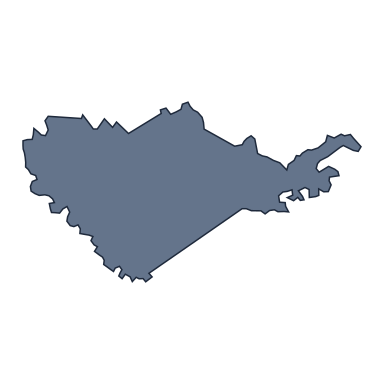 Pranchita, Paraná, Brazil
{"feature_id": "56859067B45409060945550", "entity_name": "Pranchita", "entity_type": "district", "adm_level": 2, "iso_a3": "BRA", "parent_name": "Brazil", "parent_adm1": "Paraná", "projection": "albers", "projection_center": [-53.701, -25.973], "detail": "fine", "context": "isolated", "style": "filled", "palette": "slate", "viewbox_px": 384, "rotation_deg": 0, "n_neighbors": 0, "source": "geoboundaries", "source_scale": "gbopen_adm2", "svg_char_len": 2197}
<svg xmlns="http://www.w3.org/2000/svg" viewBox="0 0 384 384"><path d="M327.4,135.4L325.7,141.8L318.1,147.9L311.5,150.1L307.9,149.7L302.4,153.1L299.9,156.0L296.4,155.6L294.1,160.4L288.4,164.4L286.8,170.0L279.8,162.8L273.4,160.4L267.0,156.9L262.3,155.9L257.6,153.5L254.8,139.0L251.1,135.8L246.8,138.5L244.1,141.3L242.3,144.7L234.7,146.2L204.1,129.1L203.5,122.5L202.1,117.3L197.6,112.2L193.2,109.9L190.1,106.3L188.0,102.2L182.4,104.2L181.0,109.3L176.2,111.9L170.7,114.3L166.0,108.1L160.4,109.9L161.2,113.5L128.5,133.5L116.5,122.0L112.6,127.4L104.4,118.8L97.3,129.0L93.3,129.0L91.3,126.2L82.7,114.9L81.4,118.5L48.2,116.3L45.0,120.8L46.6,124.9L48.2,130.0L45.5,135.6L41.3,135.0L38.4,132.2L33.9,128.4L33.3,134.8L32.2,139.4L27.3,139.6L23.0,140.8L23.0,145.4L23.2,149.1L24.4,152.7L25.2,157.3L25.7,162.4L25.6,167.0L28.4,169.6L30.9,173.8L35.7,175.5L37.0,179.5L32.3,181.5L30.4,186.5L31.1,191.1L34.9,193.6L39.2,195.4L44.9,194.8L49.0,195.8L52.6,198.9L54.4,202.6L49.3,203.5L50.4,208.9L51.5,212.5L55.4,212.7L59.6,213.1L62.9,208.9L67.0,206.5L69.7,212.1L67.6,216.8L66.9,221.2L70.2,225.6L73.9,226.6L78.0,224.9L80.3,228.8L79.9,233.5L84.8,234.4L89.0,235.1L92.9,236.5L91.0,240.7L94.1,244.9L97.4,246.7L94.5,251.4L99.1,254.8L102.5,257.1L104.2,260.3L103.7,264.5L107.1,266.9L110.6,269.5L113.5,271.5L115.2,268.1L119.5,266.3L121.9,269.7L120.2,272.7L118.8,276.0L122.1,278.7L125.3,274.2L130.1,276.8L132.3,281.6L136.2,277.3L139.1,278.8L143.1,278.6L145.7,281.8L152.1,276.9L148.9,273.3L203.2,235.7L242.1,208.7L246.3,208.7L251.4,210.7L260.9,210.8L265.1,213.9L269.6,210.5L274.4,209.8L277.9,211.7L284.1,211.5L288.6,211.9L285.6,206.3L285.2,202.6L279.6,202.2L278.6,195.8L282.9,192.0L287.3,191.4L292.0,189.8L292.7,195.2L287.3,197.6L293.6,200.7L297.8,197.4L300.3,200.4L304.0,199.8L302.5,196.4L298.4,190.8L305.0,187.5L309.1,189.5L309.3,197.5L315.7,196.6L318.8,195.4L318.7,188.9L323.7,191.8L328.3,191.6L331.1,184.9L329.1,180.8L329.5,177.1L339.0,175.7L337.9,171.6L334.7,169.2L328.6,166.4L319.1,172.2L316.2,168.6L317.5,163.6L320.2,160.5L327.7,156.7L340.2,147.3L343.3,145.5L353.3,150.4L358.2,151.4L361.0,146.7L353.4,138.2L350.4,134.5L344.5,135.8L341.1,134.2L334.2,138.0L327.4,135.4Z" fill="#64748b" stroke="#1e293b" stroke-width="1.5"/></svg>